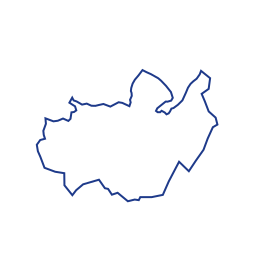 Chimbay, Karakalpakstan, Uzbekistan (Robinson projection), rotated 120°
{"feature_id": "79887680B3643857389786", "entity_name": "Chimbay", "entity_type": "district", "adm_level": 2, "iso_a3": "UZB", "parent_name": "Uzbekistan", "parent_adm1": "Karakalpakstan", "projection": "robinson", "projection_center": [59.5, 43.045], "detail": "fine", "context": "isolated", "style": "outline", "palette": "blue", "viewbox_px": 256, "rotation_deg": 120, "n_neighbors": 0, "source": "geoboundaries", "source_scale": "gbopen_adm2", "svg_char_len": 1369}
<svg xmlns="http://www.w3.org/2000/svg" viewBox="0 0 256 256"><g transform="rotate(120 128 128)"><path d="M168.5,64.4L153.8,66.0L131.7,66.9L135.0,53.7L122.2,52.9L109.1,51.7L97.3,53.7L84.9,54.9L80.3,52.3L75.2,57.3L73.3,66.4L66.4,74.9L61.6,81.3L53.8,77.7L43.8,81.8L42.0,93.3L45.7,92.7L51.0,93.2L54.9,94.8L58.5,95.9L63.1,96.2L68.5,95.5L76.9,94.7L83.0,96.4L88.0,98.6L89.5,100.1L92.7,99.9L95.0,100.1L96.9,101.5L96.2,103.9L96.3,107.5L98.3,108.1L99.5,110.3L99.2,112.3L96.3,112.5L92.4,111.0L89.1,109.7L86.3,108.6L85.4,106.9L82.7,104.3L79.5,104.3L75.4,108.8L72.5,116.1L70.5,123.0L69.8,126.7L69.9,135.1L70.4,140.0L70.6,144.4L77.2,145.2L82.7,146.2L87.2,146.2L91.7,145.2L94.5,144.0L95.9,142.4L98.3,140.8L102.6,140.3L104.5,138.5L108.4,137.7L109.1,145.5L110.4,149.0L118.3,154.0L119.5,161.3L122.7,164.8L125.1,167.3L127.0,170.8L127.5,175.9L130.7,179.5L130.7,185.8L131.3,188.9L129.6,191.5L135.4,191.4L135.7,184.7L138.6,181.6L141.2,182.8L142.7,184.8L148.8,182.4L151.7,183.2L152.3,189.0L156.8,192.4L159.5,195.9L160.9,204.3L165.4,201.2L172.8,199.9L176.1,197.5L178.8,194.5L182.3,198.0L188.1,198.6L193.2,194.4L196.7,189.6L204.2,180.4L202.3,169.2L199.0,160.6L209.4,154.4L214.0,142.6L207.8,141.8L199.2,138.7L187.3,127.3L191.7,117.9L190.7,114.8L193.8,108.6L189.3,104.6L191.5,91.5L186.6,86.4L185.1,82.6L181.7,82.8L176.0,72.9L168.5,64.4Z" fill="none" stroke="#1e3a8a" stroke-width="2"/></g></svg>